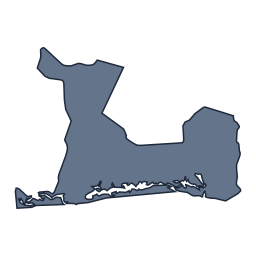 outline of Lagunes
{"feature_id": "CIV-3458", "entity_name": "Lagunes", "entity_type": "Department", "adm_level": 1, "iso_a3": "CIV", "parent_name": "Ivory Coast", "parent_adm1": "", "projection": "robinson", "projection_center": [-4.434, 5.74], "detail": "fine", "context": "isolated", "style": "filled", "palette": "slate", "viewbox_px": 256, "rotation_deg": 0, "n_neighbors": 0, "source": "natural_earth", "source_scale": "10m", "svg_char_len": 5806}
<svg xmlns="http://www.w3.org/2000/svg" viewBox="0 0 256 256"><path d="M225.6,200.9L215.3,198.4L210.1,198.1L206.7,197.3L205.8,197.0L205.4,196.3L205.6,195.2L205.9,194.3L205.7,193.4L204.6,192.4L205.4,190.7L204.3,191.8L203.4,193.4L202.8,195.2L202.5,196.8L201.6,196.8L200.3,195.9L198.2,195.7L193.7,195.9L192.2,195.4L187.3,192.4L179.5,191.2L176.1,190.1L174.4,187.2L176.5,188.0L178.8,187.8L180.9,186.6L182.1,184.7L183.7,186.9L184.4,187.8L185.4,188.2L186.1,187.9L186.4,187.1L186.3,186.2L185.7,185.5L185.7,184.7L187.3,185.1L191.1,186.8L191.8,186.9L193.0,186.4L195.4,187.5L199.5,190.0L199.2,189.2L199.0,187.9L198.7,187.2L200.4,187.3L203.4,187.8L204.6,187.2L206.0,185.3L205.4,184.2L203.9,183.2L203.2,181.7L201.9,177.6L201.6,175.7L201.3,174.8L200.3,174.1L199.1,173.9L197.9,174.4L197.2,173.9L196.2,173.5L195.3,173.7L194.9,174.9L195.2,175.6L197.5,177.5L200.3,181.7L202.0,183.7L203.9,184.7L202.9,186.3L201.2,186.1L199.4,185.7L198.0,186.5L197.1,186.5L195.7,184.6L194.7,184.1L193.6,184.2L191.8,183.9L190.7,183.4L189.4,182.6L188.4,181.4L188.1,179.7L187.6,180.3L186.9,180.8L186.6,181.3L186.1,180.3L185.8,179.3L185.7,178.3L185.7,177.0L185.0,177.0L184.8,178.8L184.3,180.3L183.4,181.0L182.1,180.5L181.2,181.2L180.0,181.4L178.7,181.2L177.5,180.5L174.9,180.9L173.6,181.3L174.7,182.5L176.4,182.9L178.2,182.8L179.6,182.1L181.2,183.9L179.7,185.2L177.9,186.4L175.9,186.9L174.0,186.0L172.7,185.1L170.2,183.9L167.9,183.1L166.9,183.5L166.0,184.6L164.0,184.0L160.8,182.1L159.3,182.6L158.2,183.5L157.0,183.9L155.5,183.1L154.8,183.8L154.1,183.8L153.3,183.2L152.5,182.1L149.5,184.4L148.0,185.1L146.4,184.7L146.6,184.1L147.0,182.7L147.2,182.1L144.3,181.5L143.1,181.7L141.8,183.1L141.0,182.2L140.0,181.6L139.2,181.7L138.5,183.6L136.7,185.2L135.9,186.5L135.1,185.6L133.8,184.4L132.3,183.4L131.3,183.1L130.2,183.8L129.0,184.9L127.9,185.4L126.8,183.9L127.1,183.6L127.3,183.5L127.6,183.1L123.5,183.3L121.9,184.1L121.5,186.5L122.5,185.9L123.5,186.0L124.2,186.9L124.6,188.2L122.5,187.6L114.6,187.2L114.2,186.1L113.7,185.0L112.4,183.1L111.8,184.2L111.8,185.2L112.2,186.0L113.1,186.5L113.1,187.2L111.1,187.7L109.6,188.5L107.1,190.7L105.0,189.2L102.7,189.4L100.6,190.5L99.6,191.6L98.8,191.6L98.1,191.2L97.1,190.6L96.3,189.8L95.8,189.0L97.1,188.4L98.1,188.5L99.4,188.9L101.0,189.0L100.8,187.8L100.4,187.0L99.8,186.6L98.8,186.5L98.8,185.5L99.9,185.0L100.6,184.1L101.0,182.9L101.0,181.3L100.3,181.3L98.9,184.2L97.1,185.8L94.8,186.4L91.9,186.5L94.9,189.0L92.7,191.2L88.6,193.2L85.9,195.0L85.2,196.8L85.4,198.0L86.4,198.8L88.2,199.3L90.2,199.4L92.1,199.0L93.2,198.2L92.7,196.8L92.7,195.9L95.5,195.0L96.9,194.1L97.3,194.7L97.9,195.5L98.8,195.9L100.2,195.5L102.4,194.4L104.1,194.2L107.5,194.2L108.5,194.4L109.2,195.0L109.7,195.5L110.1,195.9L111.7,196.1L112.9,195.9L115.4,195.0L114.3,195.2L113.0,195.0L111.9,194.5L111.6,193.3L112.3,192.7L116.1,191.6L116.1,193.3L117.0,193.3L119.4,192.0L125.9,192.4L129.1,190.7L129.6,192.6L130.5,191.9L131.4,190.1L132.1,189.0L134.1,189.1L135.8,190.0L137.4,190.5L138.8,189.0L140.9,190.0L143.1,189.6L145.3,188.7L149.8,187.8L152.6,185.9L154.4,185.5L168.0,185.1L171.4,186.5L170.4,187.0L169.3,187.3L168.1,187.3L166.9,187.2L175.1,191.6L140.6,194.8L106.2,198.0L88.0,202.6L78.0,203.6L76.1,204.5L74.9,203.8L73.6,203.5L67.7,203.4L66.2,203.6L66.2,202.8L66.6,202.8L67.3,202.8L67.7,202.8L67.7,201.9L64.6,202.0L63.8,200.5L63.9,198.2L63.2,195.9L64.6,194.0L63.2,193.6L57.2,194.4L55.2,195.1L53.4,196.2L51.9,197.7L50.0,195.9L46.8,194.0L43.1,193.2L39.8,194.2L39.4,193.6L38.6,193.0L38.4,192.7L39.5,192.1L46.4,191.5L47.9,191.5L48.9,191.7L50.5,193.0L51.7,193.5L52.5,193.6L53.1,193.3L53.6,192.9L54.0,192.4L54.5,191.6L58.4,182.0L58.6,181.3L58.6,180.5L58.4,177.5L58.4,176.7L58.6,175.7L58.9,174.4L65.9,155.4L67.1,150.8L67.4,149.1L67.4,147.6L66.9,144.9L66.7,144.2L65.7,142.1L65.1,141.0L64.9,140.5L64.8,139.9L65.0,138.8L71.2,121.0L65.7,109.3L64.4,99.6L63.9,84.2L63.4,81.6L62.3,80.4L60.6,79.8L49.3,78.3L44.9,76.2L37.3,68.1L40.6,58.0L40.8,54.7L40.7,53.9L40.6,49.5L42.5,48.0L43.0,47.8L43.7,47.8L44.6,48.2L61.5,63.9L63.5,65.2L67.2,65.9L70.2,65.9L71.3,65.8L78.0,63.5L78.9,63.4L80.5,63.6L82.2,64.0L82.7,64.2L83.7,64.5L84.3,64.6L85.3,65.1L88.8,65.3L92.0,65.0L94.5,63.7L97.2,60.1L123.5,67.4L101.9,113.2L123.7,129.1L126.4,135.5L125.9,137.4L127.0,138.9L128.7,140.3L133.9,143.6L137.1,145.2L140.7,145.4L182.2,142.8L183.4,141.5L183.6,140.6L183.7,139.8L183.0,125.7L185.2,122.0L186.9,121.2L187.7,121.0L189.0,120.4L190.4,119.0L195.0,113.6L203.1,107.6L204.1,107.2L205.0,107.1L205.7,107.2L233.4,115.8L233.4,116.6L233.7,119.6L234.5,121.0L235.7,121.7L237.1,122.9L238.8,125.4L239.3,126.4L239.2,127.1L238.7,128.1L237.5,129.7L237.1,130.6L236.5,140.5L236.7,141.8L237.1,142.3L237.6,142.6L238.1,142.9L238.4,143.5L238.7,144.0L238.9,145.1L239.4,150.7L239.7,151.6L239.9,152.2L240.1,152.8L240.1,153.8L240.0,155.1L238.9,158.4L236.9,163.7L236.6,165.0L236.5,168.0L237.3,176.9L236.4,182.5L236.4,183.2L236.5,183.9L236.6,184.6L236.8,185.2L237.1,185.7L237.5,186.1L239.5,188.1L239.9,188.5L240.2,189.0L240.4,189.6L240.6,190.2L240.6,190.9L237.8,193.7L225.6,200.9L225.6,200.9ZM28.4,196.7L28.5,196.8L29.3,196.3L29.9,196.1L31.4,195.9L31.4,196.8L30.6,197.9L28.0,199.3L26.9,200.1L26.9,197.7L25.3,202.8L24.6,204.5L20.9,198.4L20.1,198.4L20.0,198.8L20.1,200.1L18.6,199.3L20.2,202.8L24.7,205.1L30.2,205.8L34.5,204.5L32.7,203.0L30.9,203.0L28.9,203.4L26.9,202.8L26.9,201.9L28.0,202.0L28.9,201.8L29.7,201.5L30.6,201.0L31.2,200.5L32.6,198.8L33.0,198.4L34.7,198.9L36.5,199.9L38.3,200.4L39.8,199.3L41.1,200.2L42.5,200.6L43.6,200.0L44.3,198.4L42.3,198.8L41.4,197.8L40.7,196.4L39.0,195.9L39.0,195.0L40.5,195.9L44.2,195.3L50.9,199.7L53.8,198.9L55.3,197.5L56.8,197.2L60.6,197.7L61.0,198.6L61.7,200.8L62.6,203.1L64.0,204.5L36.1,205.5L31.8,207.3L17.0,208.2L15.4,191.4L16.2,188.1L17.6,188.3L18.8,188.8L19.7,189.4L25.5,194.9L26.7,195.8L28.3,196.7L28.4,196.7Z" fill="#64748b" stroke="#1e293b" stroke-width="1.5"/></svg>